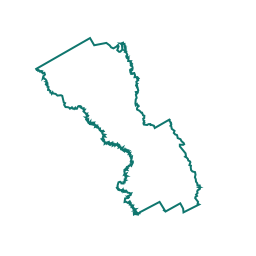 the district of San Justo, Santa Fe, Argentina, rotated 320°
{"feature_id": "61730980B61800814165729", "entity_name": "San Justo", "entity_type": "district", "adm_level": 2, "iso_a3": "ARG", "parent_name": "Argentina", "parent_adm1": "Santa Fe", "projection": "albers", "projection_center": [-60.381, -30.562], "detail": "fine", "context": "isolated", "style": "outline", "palette": "teal", "viewbox_px": 256, "rotation_deg": 320, "n_neighbors": 0, "source": "geoboundaries", "source_scale": "gbopen_adm2", "svg_char_len": 5846}
<svg xmlns="http://www.w3.org/2000/svg" viewBox="0 0 256 256"><g transform="rotate(320 128 128)"><path d="M83.0,200.2L104.7,204.9L103.3,214.4L102.7,214.3L103.0,216.1L119.6,219.3L118.4,225.2L116.3,228.3L133.3,232.3L132.6,230.8L134.2,229.6L134.4,224.9L135.3,224.2L137.2,224.4L137.3,222.8L139.5,222.5L140.2,221.1L141.3,220.5L143.7,220.9L144.5,220.3L144.0,219.1L144.8,219.5L144.6,219.2L145.5,218.9L146.0,218.1L144.3,216.6L145.5,214.9L145.6,212.8L147.0,210.8L147.6,208.7L149.7,207.2L151.0,204.9L149.4,202.7L149.3,200.8L150.7,198.5L152.0,197.3L151.2,195.9L153.8,194.3L154.0,193.4L153.3,191.6L154.0,190.1L153.9,188.3L153.3,186.7L154.4,186.7L155.8,184.4L155.9,175.4L157.0,174.1L159.5,176.4L160.6,176.5L161.0,175.2L160.5,172.6L161.0,170.3L159.6,167.7L161.0,165.0L160.0,163.2L159.9,161.2L161.8,160.1L161.0,156.8L162.5,154.0L162.1,153.5L163.7,152.9L163.8,151.7L164.4,151.4L164.2,149.8L165.0,148.6L165.9,148.3L148.5,145.2L149.3,142.9L148.0,140.7L147.2,140.2L147.6,139.3L146.1,138.2L144.6,138.0L142.4,135.6L142.6,134.7L143.9,134.4L143.7,133.7L145.0,133.1L144.8,132.1L145.7,130.6L146.8,130.8L148.4,129.1L147.7,127.9L148.6,125.4L148.1,125.1L147.9,122.2L146.8,119.7L147.3,118.9L148.9,118.0L150.2,118.2L150.5,117.5L150.0,116.6L150.3,115.4L148.6,115.5L149.4,114.0L152.3,111.1L154.0,110.5L155.4,107.6L157.4,107.3L156.7,106.5L157.1,105.5L158.8,106.5L160.0,105.8L161.1,103.5L161.8,103.8L161.0,102.8L161.5,102.5L161.4,100.7L162.0,100.3L162.5,100.8L163.1,99.7L163.6,99.8L163.4,99.1L164.2,97.9L165.9,97.9L166.4,96.7L166.7,97.2L166.9,96.7L167.9,96.9L167.9,95.0L165.7,93.3L167.3,92.2L168.4,89.1L167.7,90.0L165.8,89.2L165.3,88.6L166.9,87.7L165.7,87.8L165.5,87.2L166.6,85.3L167.9,85.6L167.7,86.3L168.6,86.3L169.1,85.9L168.5,85.0L169.8,85.3L170.4,84.6L171.0,83.2L170.3,82.4L170.4,81.7L171.5,81.6L171.1,81.0L171.4,80.4L172.3,80.9L172.3,79.0L173.2,78.7L171.2,76.8L173.4,74.8L173.0,74.2L172.5,74.7L172.4,74.1L173.0,73.9L172.2,73.7L172.2,73.1L172.8,71.9L173.4,72.2L174.5,71.5L175.2,68.9L174.6,67.8L175.6,67.6L175.3,66.6L175.8,67.0L175.7,66.4L176.1,66.7L175.9,66.3L177.1,66.1L177.0,64.7L177.7,64.6L177.4,64.3L178.4,63.5L177.9,63.1L179.0,61.9L178.6,61.3L179.0,61.1L178.3,60.6L179.0,59.5L177.9,59.1L177.8,59.7L176.5,58.5L177.0,60.1L174.1,64.3L171.2,64.6L170.2,64.0L169.8,61.5L173.2,59.5L173.7,58.0L171.1,58.2L168.0,57.6L166.9,55.3L167.1,53.1L166.1,48.9L155.3,42.9L156.7,34.7L95.6,23.7L95.4,24.8L96.4,25.3L96.0,26.3L96.8,26.4L96.7,28.0L97.5,28.2L97.5,28.7L98.1,28.5L98.8,29.4L97.9,30.0L97.8,31.3L99.4,32.0L98.7,33.7L96.4,33.9L94.7,35.2L95.8,35.1L95.5,36.4L96.1,37.6L95.9,39.6L95.4,40.4L94.9,40.1L95.3,41.4L94.5,42.7L94.0,42.6L94.3,42.0L93.9,41.4L93.1,41.8L93.5,44.1L92.8,44.7L93.4,45.5L91.3,47.4L92.1,48.0L91.9,48.8L92.3,49.6L91.3,50.9L92.0,51.9L91.7,52.7L93.1,52.3L92.8,53.3L94.5,55.4L94.8,57.8L97.7,59.8L98.3,61.1L95.2,67.2L95.8,68.5L94.0,69.2L93.6,71.8L95.4,73.5L96.1,75.0L96.0,75.9L98.3,76.1L98.0,77.4L98.7,77.8L98.9,78.8L100.6,78.6L100.3,79.6L101.2,80.4L103.5,79.4L104.5,79.6L105.7,80.8L105.8,81.5L104.9,81.7L105.6,83.7L106.7,84.3L105.9,85.2L106.8,86.1L104.6,86.7L105.1,90.2L105.8,90.6L104.8,91.0L105.5,92.9L104.8,93.2L104.0,92.4L102.9,93.4L102.4,92.9L102.6,94.0L101.4,94.5L101.4,95.9L102.9,95.9L101.9,97.0L101.8,97.7L102.4,97.8L101.2,97.8L101.0,98.8L101.5,99.3L102.9,99.0L101.3,100.5L102.1,101.4L102.5,100.4L103.2,100.3L105.2,101.8L103.3,102.1L103.4,103.2L104.8,103.3L104.4,104.1L105.0,104.9L103.6,105.9L106.0,106.5L105.5,107.2L104.3,106.9L104.7,108.0L105.7,108.3L105.3,110.2L106.1,110.5L105.0,111.6L106.2,114.0L107.2,114.1L107.2,114.8L105.4,114.1L105.6,115.0L104.9,115.5L104.7,116.7L105.9,118.2L104.7,118.1L104.8,119.8L103.4,118.5L102.3,119.3L102.2,120.3L100.7,119.6L100.7,120.8L102.1,121.2L102.0,122.0L100.7,122.5L101.3,124.1L100.1,125.1L101.6,125.3L101.5,125.9L102.1,125.7L102.4,126.6L102.6,125.6L104.1,126.2L103.4,126.8L104.2,127.2L104.0,128.1L105.1,128.6L103.6,128.8L103.6,129.5L105.0,129.5L105.1,130.7L106.0,130.0L105.7,131.3L107.1,130.9L107.1,131.6L106.1,131.9L107.6,132.3L106.9,133.2L108.5,133.2L108.7,134.7L109.3,134.3L109.1,133.5L109.9,133.2L109.8,134.7L110.4,135.1L110.4,135.7L110.0,136.1L109.2,135.7L109.4,136.8L108.7,137.1L110.1,137.6L109.2,139.4L111.3,139.6L109.4,140.5L109.9,142.3L110.7,141.7L111.2,142.6L112.2,142.2L112.1,143.4L110.7,143.3L110.5,143.9L111.9,144.0L112.0,144.9L113.0,144.3L113.0,145.6L113.4,144.8L113.8,145.2L112.6,145.9L113.6,146.5L112.5,146.7L113.1,147.8L112.3,148.2L113.5,148.6L112.3,149.3L112.6,150.1L111.7,150.1L111.4,150.7L111.6,151.7L112.8,152.3L111.9,153.1L111.7,152.5L110.9,152.7L111.0,153.8L108.9,155.2L109.7,156.1L108.6,156.4L109.9,157.1L109.4,157.7L107.3,158.6L107.0,158.1L106.2,158.9L105.9,157.7L104.6,157.7L105.0,156.8L104.0,157.9L102.6,157.3L102.1,157.9L101.7,157.3L101.3,157.5L101.8,158.6L100.5,158.6L100.4,159.5L99.9,158.9L100.3,158.5L100.2,157.8L98.6,157.8L98.6,158.7L97.5,158.6L96.3,160.7L95.3,161.2L97.3,161.8L95.6,162.5L96.3,164.0L95.0,163.1L94.4,164.2L94.6,165.0L93.2,165.5L92.6,165.1L91.9,165.8L92.5,166.6L91.6,166.4L90.5,167.5L89.7,166.6L88.9,167.6L87.3,166.2L87.7,165.1L87.4,164.1L85.8,163.5L83.1,165.3L82.3,166.5L81.4,166.5L81.5,167.2L81.0,167.1L80.9,168.5L81.5,168.4L81.8,169.1L80.4,170.1L81.8,169.5L82.0,170.6L82.9,171.2L82.7,172.1L84.5,171.8L83.6,173.3L84.7,173.1L84.8,173.9L85.5,174.3L84.4,174.8L84.9,175.2L85.8,174.7L86.3,175.3L86.1,177.2L87.5,178.8L87.4,179.8L88.4,180.2L86.8,181.1L84.7,180.2L84.3,181.2L83.5,180.4L83.7,181.7L83.3,181.8L80.5,180.1L77.8,182.5L79.1,183.2L79.7,185.2L82.2,185.3L81.9,186.9L81.0,186.8L81.5,187.5L80.2,187.9L80.9,188.8L80.4,190.0L81.0,190.1L80.3,190.6L81.6,191.0L80.2,191.8L80.1,192.9L80.7,192.4L81.0,193.7L80.5,194.4L81.6,195.1L79.9,195.1L80.7,195.6L80.6,196.7L79.3,195.8L79.0,196.7L79.8,197.1L79.2,198.0L77.9,196.8L77.0,198.0L77.9,198.2L79.4,200.0L79.5,199.3L80.3,199.3L80.5,200.5L81.2,200.3L81.2,199.8L82.1,200.8L83.0,200.2Z" fill="none" stroke="#0f766e" stroke-width="2"/></g></svg>